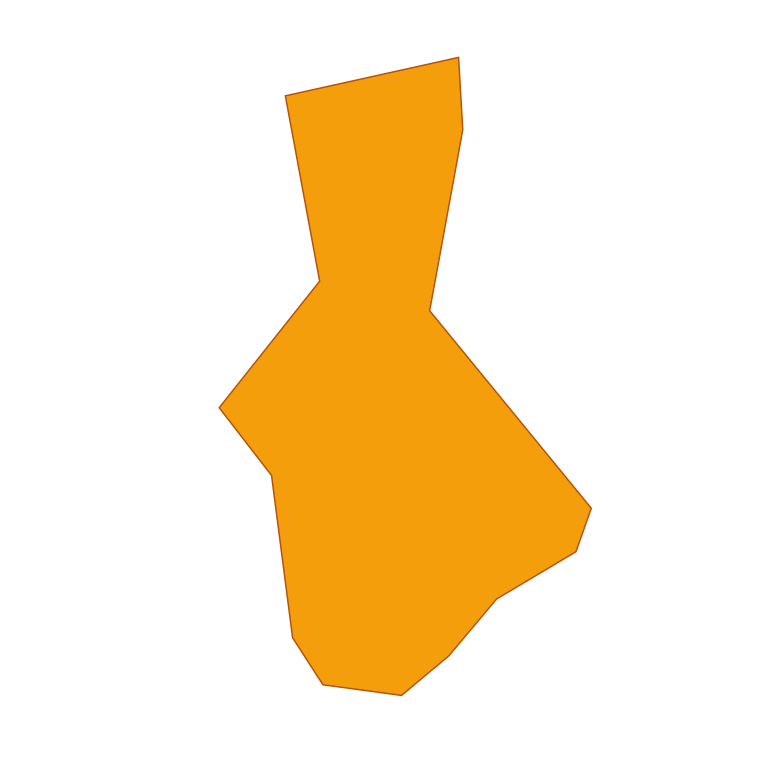 the border of Al Manāmah, rotated 74°
{"feature_id": "BHR-4929", "entity_name": "Al Manāmah", "entity_type": "Governorate", "adm_level": 1, "iso_a3": "BHR", "parent_name": "Bahrain", "parent_adm1": "", "projection": "natural_earth1", "projection_center": [50.561, 26.218], "detail": "fine", "context": "isolated", "style": "filled", "palette": "amber", "viewbox_px": 768, "rotation_deg": 74, "n_neighbors": 0, "source": "natural_earth", "source_scale": "10m", "svg_char_len": 383}
<svg xmlns="http://www.w3.org/2000/svg" viewBox="0 0 768 768"><g transform="rotate(74 384 384)"><path d="M90.6,222.3L161.3,238.2L252.3,283.3L326.3,320.0L326.7,319.7L560.6,219.0L598.1,245.7L621.7,335.0L663.3,396.8L675.7,424.9L688.2,453.0L656.3,525.6L602.7,541.8L440.9,517.3L361.4,549.0L267.4,417.5L79.8,399.4L90.6,222.3Z" fill="#f59e0b" stroke="#b45309" stroke-width="1.5"/></g></svg>